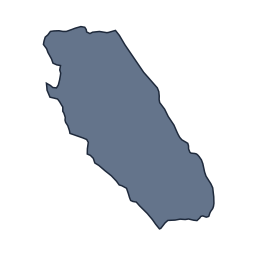 the Canton of West Bosnia, rotated 190°
{"feature_id": "BIH-2224", "entity_name": "West Bosnia", "entity_type": "Canton", "adm_level": 1, "iso_a3": "BIH", "parent_name": "Bosnia and Herzegovina", "parent_adm1": "", "projection": "orthographic", "projection_center": [16.924, 43.992], "detail": "fine", "context": "isolated", "style": "filled", "palette": "slate", "viewbox_px": 256, "rotation_deg": 190, "n_neighbors": 0, "source": "natural_earth", "source_scale": "10m", "svg_char_len": 1721}
<svg xmlns="http://www.w3.org/2000/svg" viewBox="0 0 256 256"><g transform="rotate(190 128 128)"><path d="M57.6,114.5L56.0,114.3L54.6,113.5L53.0,112.2L50.2,109.4L48.1,105.8L44.9,97.9L42.8,94.1L36.6,87.3L34.2,83.8L31.6,75.1L30.3,68.7L30.2,65.7L30.6,63.4L32.1,60.2L32.6,58.5L33.1,55.1L33.9,54.5L35.5,53.8L39.1,54.4L40.9,53.6L41.8,51.7L44.0,48.8L47.4,48.6L52.6,48.9L55.8,47.8L60.8,47.3L65.6,45.5L72.7,43.9L75.0,41.0L78.3,34.8L79.5,34.1L83.9,37.9L88.0,42.0L94.2,47.2L103.0,53.3L107.0,56.5L110.5,56.5L112.8,57.1L114.4,59.7L116.3,63.5L119.0,68.4L124.1,70.1L126.8,70.4L130.1,73.6L136.0,78.0L143.4,82.0L150.3,86.1L154.6,87.8L156.9,92.1L160.3,94.5L163.6,95.3L164.4,100.5L164.6,106.9L166.7,109.5L170.7,110.4L184.2,112.6L185.2,115.2L187.7,119.8L190.4,122.7L191.4,124.9L191.6,127.5L193.3,130.7L193.7,131.5L195.1,133.1L195.9,137.4L197.4,139.0L199.9,142.0L202.4,144.3L206.1,144.6L210.2,144.8L214.3,151.2L215.1,154.4L215.3,155.0L216.1,157.9L211.8,156.4L209.1,154.8L205.4,155.1L205.0,156.1L204.1,158.2L203.8,162.2L203.7,163.6L203.7,167.6L203.8,170.3L205.3,173.3L205.3,175.7L205.3,177.8L206.9,177.8L209.0,177.8L213.1,178.8L215.4,182.8L219.9,188.4L221.9,191.9L223.6,193.5L225.8,195.6L225.8,196.8L225.8,198.9L225.3,203.1L223.1,205.8L221.2,209.6L217.9,210.7L212.9,211.8L208.8,211.8L205.5,212.4L200.7,215.1L197.2,217.2L192.0,219.7L188.1,219.7L186.3,217.8L185.4,215.4L181.9,214.4L179.5,216.2L172.9,218.1L165.4,218.2L163.9,218.7L157.3,221.9L152.6,217.7L145.5,209.4L122.3,185.6L106.1,172.6L104.0,169.2L102.8,164.9L102.3,161.5L101.2,158.5L95.2,152.9L90.4,146.3L83.3,138.9L79.2,132.7L77.6,130.4L75.4,127.7L72.9,125.7L66.5,123.3L65.3,120.9L64.7,117.9L62.8,114.8L61.4,114.2L57.6,114.5Z" fill="#64748b" stroke="#1e293b" stroke-width="1.5"/></g></svg>